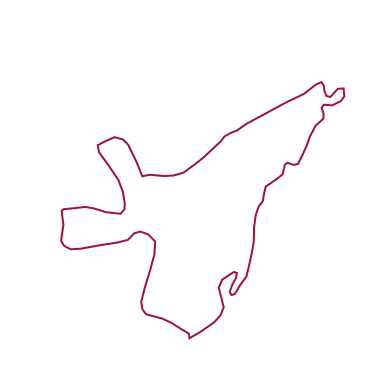 the district of Al-Risafa, Baghdad, Iraq, rotated 16°
{"feature_id": "34846034B3571197787035", "entity_name": "Al-Risafa", "entity_type": "district", "adm_level": 2, "iso_a3": "IRQ", "parent_name": "Iraq", "parent_adm1": "Baghdad", "projection": "natural_earth1", "projection_center": [44.486, 33.326], "detail": "fine", "context": "isolated", "style": "outline", "palette": "rose", "viewbox_px": 384, "rotation_deg": 16, "n_neighbors": 0, "source": "geoboundaries", "source_scale": "gbopen_adm2", "svg_char_len": 1578}
<svg xmlns="http://www.w3.org/2000/svg" viewBox="0 0 384 384"><g transform="rotate(16 192 192)"><path d="M88.5,173.0L91.7,179.5L104.2,189.2L118.0,200.8L125.4,210.8L130.5,221.4L131.9,227.1L129.3,232.6L115.3,235.1L102.0,234.8L93.5,235.8L83.8,239.8L73.5,243.8L71.9,246.0L74.9,253.2L77.4,258.7L78.4,266.3L79.6,275.0L82.4,277.6L84.0,279.0L91.1,280.5L100.4,277.3L118.7,268.3L133.7,261.4L143.6,255.7L147.8,247.7L153.1,244.3L161.5,244.8L170.2,249.7L173.1,262.4L173.1,264.5L173.3,279.7L173.0,297.9L173.5,311.8L176.9,318.7L181.7,322.2L198.7,321.9L207.8,323.4L218.3,326.4L228.0,329.0L229.9,333.3L238.5,324.3L246.2,314.9L249.1,311.3L253.3,302.9L254.3,294.2L244.1,276.5L245.2,268.0L249.7,262.7L253.0,258.9L254.4,257.3L257.4,257.4L258.0,262.4L256.3,270.3L255.8,277.7L258.3,280.2L261.4,278.2L263.9,268.2L267.6,258.3L267.1,246.5L266.4,235.4L265.2,223.3L261.4,208.7L259.6,196.2L260.1,187.6L262.6,181.2L261.7,173.8L261.4,166.4L270.3,155.7L274.3,149.9L273.7,140.2L275.7,137.6L282.3,137.9L286.2,135.8L287.9,126.6L289.5,115.6L290.0,106.6L292.6,93.9L298.1,85.5L296.8,80.3L293.3,75.1L294.9,71.7L302.9,70.1L309.9,63.6L312.1,58.2L309.2,50.7L303.7,52.6L302.0,56.2L299.9,60.4L298.6,62.6L294.7,62.6L293.0,60.4L291.3,58.3L289.8,53.9L286.1,50.7L281.5,54.6L276.0,62.1L274.7,63.9L272.5,66.9L257.3,80.4L242.6,94.8L225.4,111.6L218.4,120.4L213.1,124.4L208.0,129.6L205.7,135.4L201.0,143.2L193.6,155.6L189.2,161.8L178.8,175.5L169.7,181.3L160.5,184.4L146.6,187.1L139.9,190.6L130.4,178.4L117.7,164.3L111.3,160.5L107.0,160.6L102.5,160.6L93.7,168.0L88.5,173.0Z" fill="none" stroke="#9f1239" stroke-width="2"/></g></svg>